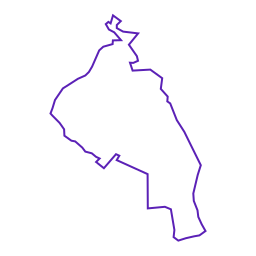 outline of Kiziltepa, Navoi, Uzbekistan
{"feature_id": "79887680B30897386041175", "entity_name": "Kiziltepa", "entity_type": "district", "adm_level": 2, "iso_a3": "UZB", "parent_name": "Uzbekistan", "parent_adm1": "Navoi", "projection": "natural_earth1", "projection_center": [64.933, 39.801], "detail": "fine", "context": "isolated", "style": "outline", "palette": "violet", "viewbox_px": 256, "rotation_deg": 0, "n_neighbors": 0, "source": "geoboundaries", "source_scale": "gbopen_adm2", "svg_char_len": 995}
<svg xmlns="http://www.w3.org/2000/svg" viewBox="0 0 256 256"><path d="M96.0,156.8L99.6,158.5L96.1,162.0L103.9,168.2L116.0,154.2L119.3,155.7L116.7,160.1L147.6,174.1L147.8,208.4L164.9,206.8L170.9,209.3L174.4,230.0L173.6,237.1L178.3,240.6L185.9,238.2L194.2,236.3L199.4,235.4L205.5,231.0L201.7,224.3L200.6,221.9L198.3,216.9L197.5,210.3L193.8,200.9L193.3,193.5L197.7,175.0L200.8,165.2L190.8,145.0L184.3,131.8L176.8,120.1L170.2,103.4L167.3,101.4L167.7,96.6L160.8,88.9L162.2,78.2L150.3,69.6L132.6,70.6L130.0,62.7L133.3,62.9L138.0,60.8L136.9,56.2L128.9,44.7L138.1,33.4L132.3,32.7L123.1,31.6L116.8,28.1L116.8,25.0L120.8,21.1L113.0,15.4L110.6,23.4L108.4,21.9L105.8,24.1L108.9,29.5L114.2,32.3L121.0,40.2L112.9,40.4L112.6,44.1L103.3,46.7L99.2,50.4L92.1,66.6L88.9,72.0L85.3,75.5L77.9,78.8L71.7,82.8L62.9,88.4L55.0,100.0L52.5,108.2L50.5,113.5L52.5,115.7L59.6,122.9L64.1,129.3L64.4,135.7L71.4,140.7L75.2,141.4L82.3,147.6L85.3,151.6L91.8,153.3L96.0,156.8Z" fill="none" stroke="#5b21b6" stroke-width="2"/></svg>